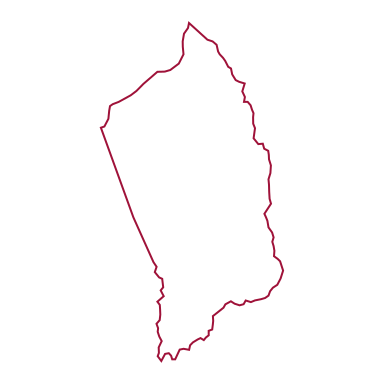 Tabira, Pernambuco, Brazil
{"feature_id": "56859067B43528935445222", "entity_name": "Tabira", "entity_type": "district", "adm_level": 2, "iso_a3": "BRA", "parent_name": "Brazil", "parent_adm1": "Pernambuco", "projection": "equal_earth", "projection_center": [-37.499, -7.579], "detail": "fine", "context": "isolated", "style": "outline", "palette": "rose", "viewbox_px": 384, "rotation_deg": 0, "n_neighbors": 0, "source": "geoboundaries", "source_scale": "gbopen_adm2", "svg_char_len": 1670}
<svg xmlns="http://www.w3.org/2000/svg" viewBox="0 0 384 384"><path d="M100.9,127.7L133.4,217.4L153.5,262.2L156.6,266.8L154.8,272.1L159.1,277.4L162.2,278.8L163.2,287.3L160.7,290.4L163.7,296.2L157.4,301.7L159.8,304.9L160.1,309.6L160.3,314.6L159.7,320.1L156.5,323.8L158.1,328.2L157.7,331.8L159.3,336.6L161.7,341.1L158.7,347.4L158.9,352.9L157.7,356.2L161.3,361.0L165.1,353.9L168.8,353.2L171.1,355.7L172.2,359.3L175.2,359.3L179.7,349.6L183.6,348.8L189.1,349.8L190.1,345.3L192.9,342.4L197.6,339.5L200.5,338.1L203.8,340.1L205.9,337.5L208.7,335.3L208.7,330.8L212.2,329.5L212.8,324.8L213.2,320.9L212.9,316.1L223.5,307.7L225.4,304.3L230.9,301.3L234.6,303.7L239.6,305.3L243.6,304.2L245.7,300.5L250.9,302.1L255.0,300.4L261.0,299.2L265.1,298.0L268.5,295.6L270.1,291.2L272.9,287.7L277.3,284.8L280.6,278.5L283.1,270.6L280.1,261.3L277.8,259.0L274.0,256.2L274.4,250.8L273.6,246.1L272.3,241.8L273.6,237.4L272.1,232.5L268.5,227.4L267.4,220.8L266.0,217.3L264.4,213.8L271.0,203.7L269.6,198.8L269.2,192.0L269.0,184.7L268.5,179.3L270.4,173.1L270.9,165.4L269.0,159.3L268.8,154.8L268.2,150.8L264.2,148.7L262.8,143.7L258.3,144.1L253.6,138.3L255.0,128.2L253.2,123.7L253.1,117.2L253.5,113.2L252.0,109.7L250.6,105.3L247.7,101.9L244.0,101.9L244.9,97.0L242.3,91.4L244.7,83.5L239.1,81.8L235.7,80.1L232.2,74.4L231.0,68.5L228.2,66.8L225.2,60.9L223.0,57.8L219.7,54.3L218.1,51.5L216.6,44.8L212.6,41.4L207.4,39.7L189.0,23.0L188.0,28.0L184.0,33.7L182.7,41.4L182.8,46.8L183.5,54.3L178.8,63.6L170.3,70.0L164.8,71.6L161.8,71.7L157.4,71.8L143.4,83.9L136.5,90.9L130.7,95.3L118.7,101.9L112.7,104.2L110.0,106.1L109.2,110.7L108.4,118.8L104.4,126.5L100.9,127.7Z" fill="none" stroke="#9f1239" stroke-width="2"/></svg>